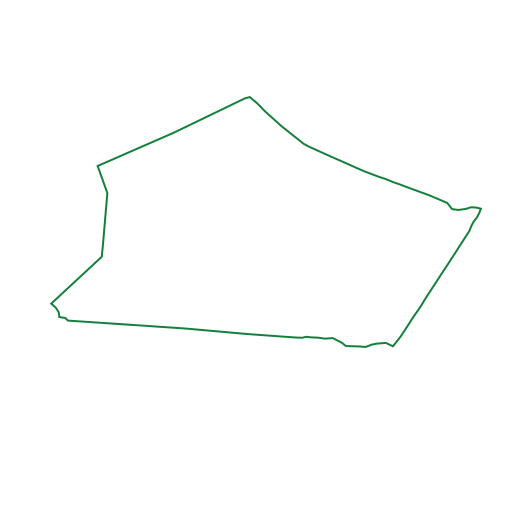 the district of Macaíba, Rio Grande do Norte, Brazil, rotated 26°
{"feature_id": "56859067B85217474168126", "entity_name": "Macaíba", "entity_type": "district", "adm_level": 2, "iso_a3": "BRA", "parent_name": "Brazil", "parent_adm1": "Rio Grande do Norte", "projection": "mercator", "projection_center": [-35.38, -5.941], "detail": "fine", "context": "isolated", "style": "outline", "palette": "green", "viewbox_px": 512, "rotation_deg": 26, "n_neighbors": 0, "source": "geoboundaries", "source_scale": "gbopen_adm2", "svg_char_len": 1166}
<svg xmlns="http://www.w3.org/2000/svg" viewBox="0 0 512 512"><g transform="rotate(26 256 256)"><path d="M92.8,388.6L98.7,390.2L103.4,393.1L106.0,397.1L111.8,395.3L115.3,396.5L223.9,352.3L262.1,337.7L265.5,336.4L281.5,330.3L324.9,312.9L333.1,309.4L336.6,306.6L341.1,305.0L347.8,302.1L354.1,300.1L361.1,296.1L366.8,296.3L371.0,296.3L376.4,297.5L388.0,292.2L394.4,289.7L398.9,284.9L402.7,282.0L410.8,277.2L418.7,277.1L421.3,265.0L422.1,258.9L423.1,250.9L423.8,244.7L424.6,238.8L425.6,232.9L426.4,226.2L426.8,221.3L427.4,216.3L428.4,208.3L431.1,186.4L431.6,182.7L432.3,177.5L434.2,161.6L436.8,139.8L436.4,134.5L436.6,129.4L437.7,124.3L437.8,119.2L437.4,114.9L432.5,116.0L427.8,118.0L424.1,121.6L417.7,125.9L411.7,127.9L404.7,124.5L385.0,125.5L381.0,125.9L377.4,126.3L373.5,126.7L362.0,127.9L353.9,128.6L347.6,129.4L338.8,130.0L331.5,131.0L322.9,131.8L316.2,132.4L307.4,132.8L302.9,132.9L279.9,133.8L256.3,134.5L249.8,134.3L221.4,128.0L213.5,125.7L209.4,124.5L204.6,123.2L200.6,122.0L190.0,118.2L180.7,115.9L176.9,119.2L128.3,180.9L98.2,216.3L77.1,241.1L74.2,244.5L94.8,264.6L113.4,312.7L117.7,324.3L92.8,388.6Z" fill="none" stroke="#15803d" stroke-width="2"/></g></svg>